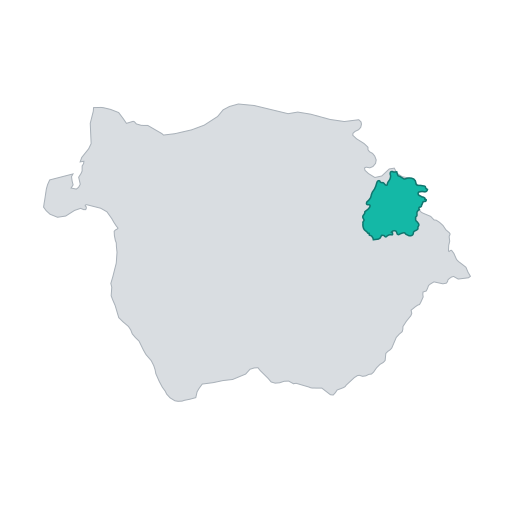 where Caras-Severin sits in Romania, rotated 184°
{"feature_id": "ROU-278", "entity_name": "Caras-Severin", "entity_type": "County", "adm_level": 1, "iso_a3": "ROU", "parent_name": "Romania", "parent_adm1": "", "projection": "orthographic", "projection_center": [21.99, 45.13], "detail": "fine", "context": "in_parent", "style": "filled", "palette": "teal", "viewbox_px": 512, "rotation_deg": 184, "n_neighbors": 0, "source": "natural_earth", "source_scale": "10m", "svg_char_len": 6580}
<svg xmlns="http://www.w3.org/2000/svg" viewBox="0 0 512 512"><g transform="rotate(184 256 256)"><path d="M402.6,283.4L407.8,289.7L414.2,292.8L428.6,295.4L429.8,294.9L429.9,294.1L428.8,293.2L428.6,292.0L429.1,290.4L431.0,290.2L434.3,291.3L440.2,288.8L448.6,282.6L456.7,280.8L464.4,283.3L468.5,286.6L471.3,289.9L471.0,294.3L470.7,297.0L469.8,308.3L468.9,312.6L467.1,317.5L444.3,325.1L445.6,322.3L444.6,317.7L443.4,314.2L445.2,310.9L439.9,310.2L437.8,312.1L436.3,315.3L438.4,322.2L436.2,326.3L435.4,328.6L435.7,333.7L434.4,336.1L434.3,338.5L438.0,337.6L436.7,342.2L430.4,351.3L428.3,356.6L430.6,376.8L428.4,389.1L428.4,392.7L420.9,393.4L418.6,393.3L411.3,392.1L403.0,389.5L397.9,383.6L394.5,379.3L387.9,381.8L386.6,381.4L384.6,379.4L379.4,378.3L373.1,378.7L358.4,371.5L356.7,370.2L345.7,372.3L329.2,377.3L316.8,382.9L304.0,392.5L299.0,399.5L292.9,403.3L284.2,406.4L268.3,406.0L251.7,403.2L233.9,400.2L224.4,402.5L211.4,401.3L191.8,397.4L177.3,396.3L163.0,399.1L160.6,397.1L160.0,394.9L160.5,391.7L162.5,389.1L165.9,387.2L167.8,385.2L167.9,383.2L164.0,380.0L156.0,375.7L152.7,373.0L151.9,372.3L151.7,369.8L150.0,367.9L146.9,366.5L144.5,363.9L142.8,360.2L143.2,356.7L145.6,353.4L148.6,351.9L152.3,352.3L153.9,351.4L153.3,349.1L149.6,346.1L142.9,342.6L136.1,344.6L129.2,352.1L124.2,353.3L121.1,348.3L115.7,345.3L107.9,344.3L103.1,342.4L101.3,339.4L97.9,337.2L90.4,334.7L90.3,332.4L91.5,331.9L94.2,331.7L97.8,331.3L98.4,330.0L98.4,328.8L95.6,327.3L92.8,326.2L91.3,325.2L90.3,324.1L90.2,322.9L91.0,322.1L92.1,322.0L93.3,321.3L93.9,318.6L95.5,316.4L96.6,315.6L96.5,313.9L95.4,312.3L93.9,311.0L91.6,310.1L84.5,307.7L80.9,304.4L78.7,304.3L75.3,302.4L71.6,299.5L68.4,295.4L64.9,292.8L64.0,291.7L64.0,290.7L64.6,289.5L64.6,288.3L63.8,284.3L64.5,280.1L64.4,276.2L64.3,274.4L63.7,273.9L63.1,274.5L62.2,275.2L61.3,275.3L58.8,272.4L55.7,266.5L53.5,264.5L49.3,261.8L45.8,259.4L43.3,254.5L40.7,250.7L42.5,249.1L52.7,247.1L57.5,249.4L59.6,248.6L61.7,246.9L62.9,245.5L63.1,244.0L64.2,242.2L67.6,241.3L76.7,242.6L80.4,240.0L81.8,238.6L82.7,235.5L83.7,233.0L86.9,231.7L86.9,229.4L86.4,226.8L88.4,221.3L89.5,219.0L91.4,218.2L93.6,216.4L97.5,212.8L96.6,209.6L97.4,207.2L101.4,201.5L104.5,195.9L104.4,193.2L104.9,190.7L107.6,188.1L110.4,184.6L114.1,173.8L115.4,172.0L117.9,170.0L119.7,167.9L119.9,160.8L121.5,158.8L124.8,156.5L128.0,152.8L130.6,148.4L132.6,146.3L135.2,145.8L138.1,144.1L141.3,143.4L144.5,144.2L146.4,143.8L149.4,141.6L157.0,133.5L158.0,131.9L159.6,130.8L165.7,128.0L167.3,125.2L169.3,122.7L172.1,122.8L181.1,128.8L190.7,128.2L192.4,128.4L193.0,128.6L194.2,129.0L207.0,131.8L209.0,131.4L209.5,131.1L214.7,133.5L219.2,133.0L223.5,131.2L228.0,130.5L232.1,131.4L235.4,134.8L243.8,142.0L246.3,144.7L250.0,144.2L254.1,142.6L258.1,137.5L270.7,131.2L280.4,129.4L289.8,126.7L300.7,124.5L303.7,119.7L305.3,116.4L306.2,110.5L312.0,108.5L317.5,107.0L319.5,106.1L323.6,105.6L326.8,105.9L331.8,108.5L335.5,112.0L337.1,114.8L340.3,118.6L343.8,124.2L347.7,131.6L348.7,135.4L350.3,139.4L353.2,144.3L358.5,149.6L359.3,150.6L361.8,154.4L366.7,162.9L370.6,166.2L374.0,169.7L375.8,173.5L378.3,176.8L384.0,181.0L388.6,184.9L393.0,196.7L395.8,202.1L397.7,206.2L397.7,214.8L398.9,218.5L397.4,225.3L394.9,239.1L394.9,250.0L395.9,255.7L396.3,259.4L397.4,261.7L398.7,266.6L399.2,270.8L398.0,272.2L396.2,273.3L395.6,274.2L397.4,276.1L400.0,279.5L402.6,283.4Z" fill="#d9dde1" stroke="#a8b0b8" stroke-width="1"/><path d="M94.7,332.0L96.0,331.8L97.9,331.3L98.5,330.7L98.7,329.5L98.3,328.4L97.6,327.8L96.0,327.2L94.9,326.6L92.7,326.2L91.6,325.5L91.6,325.1L91.7,324.7L91.6,324.3L90.8,324.3L90.2,324.1L90.1,323.6L90.3,322.9L90.7,322.4L91.1,322.2L92.3,322.1L92.8,321.9L93.3,321.4L93.5,321.1L93.5,320.7L93.7,319.8L93.8,319.5L94.2,319.0L94.4,318.8L94.4,318.4L94.4,317.9L94.4,317.5L94.7,316.9L95.1,316.5L95.5,316.3L96.1,316.3L96.7,315.8L96.9,314.9L96.7,314.1L96.3,313.6L97.1,313.1L98.0,312.0L98.2,311.5L98.5,310.8L98.5,310.2L98.3,308.4L98.3,307.7L98.4,307.2L99.3,306.1L99.5,305.7L99.5,305.3L99.4,304.7L99.3,304.3L99.4,303.9L99.3,303.4L99.2,303.0L99.0,302.5L98.6,302.1L97.7,301.4L96.2,299.7L95.9,299.2L95.7,298.6L95.7,298.1L95.8,297.6L96.3,296.7L96.5,296.1L96.5,295.5L96.4,294.8L96.4,294.3L96.9,293.7L97.7,293.0L99.6,291.9L100.3,291.3L100.6,290.6L100.6,290.0L100.7,289.2L100.9,288.5L101.3,287.9L102.1,287.3L103.4,286.9L104.8,286.9L105.5,287.1L106.4,287.6L107.5,287.9L108.0,288.2L108.4,288.5L109.0,289.2L109.4,289.5L110.2,289.5L111.3,289.2L113.4,288.3L115.0,287.3L115.4,287.2L116.1,287.4L116.6,287.7L116.9,288.3L117.3,289.3L117.6,289.8L117.9,290.3L118.3,290.6L118.8,290.8L119.4,290.9L120.3,290.8L121.2,290.5L122.3,289.6L122.6,289.2L121.9,288.9L121.7,288.9L121.5,288.7L121.4,288.4L121.3,287.6L121.2,287.2L121.3,286.9L121.6,286.6L123.2,286.6L124.2,286.5L125.2,286.1L126.3,285.4L127.4,284.3L127.9,284.1L128.5,284.3L128.9,284.5L129.4,285.2L129.8,285.3L130.1,285.4L130.8,285.4L131.2,285.4L131.6,285.5L131.9,285.5L132.2,285.3L133.4,282.6L135.1,281.4L140.1,280.4L140.5,281.9L141.9,283.8L142.5,284.2L143.1,284.4L143.7,284.5L144.3,284.7L144.6,285.0L144.6,285.4L144.5,285.9L144.6,286.4L144.8,286.6L145.2,286.6L145.6,286.5L146.1,286.6L146.4,286.9L146.7,287.4L147.2,287.9L148.1,288.5L149.6,289.6L150.3,290.5L150.8,291.4L151.4,293.3L151.5,294.1L151.6,294.8L151.5,295.5L151.7,296.6L151.7,297.2L151.4,297.9L150.9,298.7L150.7,299.1L150.8,299.7L151.2,300.3L151.8,301.2L152.1,301.9L152.2,302.5L152.2,303.0L152.1,303.5L151.8,304.0L150.9,305.5L150.6,306.1L150.5,306.6L150.5,307.8L147.4,310.6L146.1,312.4L145.8,313.3L145.7,313.9L145.8,314.5L146.2,314.8L146.8,315.0L148.6,315.0L149.0,315.2L149.3,315.5L149.5,316.1L149.3,317.5L147.4,319.6L145.9,321.9L145.6,322.9L145.4,323.7L145.3,324.3L145.2,325.2L144.9,326.2L144.4,327.8L142.5,331.0L141.4,334.0L140.7,337.1L140.3,338.5L139.8,339.2L139.3,339.6L138.7,339.7L138.2,339.7L137.8,339.5L137.6,339.2L137.3,338.6L137.0,338.3L136.6,338.1L136.2,338.0L134.7,338.0L134.3,338.0L133.9,337.8L133.6,337.6L132.0,336.0L131.6,335.8L131.1,335.7L130.4,335.8L130.1,336.2L130.0,336.6L130.0,337.2L129.8,338.0L129.4,339.1L128.3,340.9L127.8,341.9L127.5,342.9L127.4,343.7L127.3,344.5L127.3,345.4L127.7,346.5L127.9,347.4L127.9,348.2L127.7,349.0L127.4,349.4L126.8,349.7L126.3,349.8L125.8,349.8L124.6,349.4L124.0,349.4L122.6,349.6L121.5,349.8L121.4,349.4L120.1,346.2L119.6,345.8L118.2,345.5L114.0,343.3L113.2,343.2L112.4,343.4L110.7,344.1L108.7,344.5L106.3,344.5L104.0,343.8L102.3,342.1L101.9,341.0L101.6,339.8L101.2,338.7L100.4,338.0L99.5,337.7L96.7,337.9L92.8,337.5L92.0,337.1L91.3,335.4L90.4,334.7L89.6,334.4L89.8,333.5L90.2,332.8L90.8,332.2L92.0,331.8L94.7,332.0Z" fill="#14b8a6" stroke="#0f766e" stroke-width="1.5"/></g></svg>